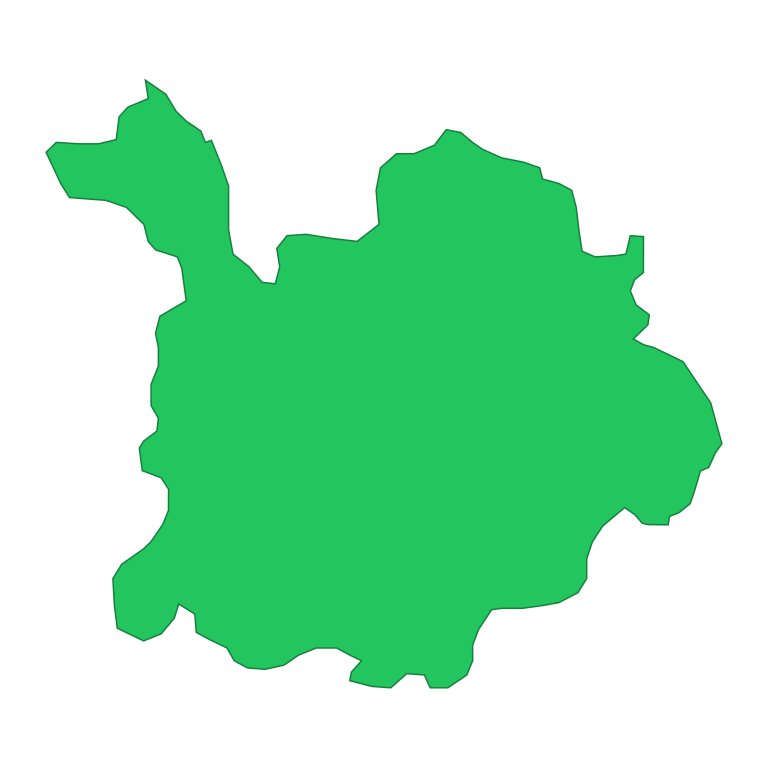 outline of Sangju-si, North Gyeongsang, South Korea
{"feature_id": "91817680B21539665501577", "entity_name": "Sangju-si", "entity_type": "district", "adm_level": 2, "iso_a3": "KOR", "parent_name": "South Korea", "parent_adm1": "North Gyeongsang", "projection": "robinson", "projection_center": [128.043, 36.44], "detail": "fine", "context": "isolated", "style": "filled", "palette": "green", "viewbox_px": 768, "rotation_deg": 0, "n_neighbors": 0, "source": "geoboundaries", "source_scale": "gbopen_adm2", "svg_char_len": 1981}
<svg xmlns="http://www.w3.org/2000/svg" viewBox="0 0 768 768"><path d="M46.1,152.3L60.7,183.4L69.4,197.5L86.9,198.9L105.9,200.3L126.4,207.4L143.9,224.4L148.2,241.4L155.5,249.8L177.4,256.9L181.8,268.2L186.2,300.8L171.6,309.3L159.9,316.3L155.5,333.3L158.4,347.5L158.4,365.9L151.1,384.3L151.1,405.6L158.4,418.3L156.9,431.1L143.7,441.0L139.3,448.1L142.3,470.7L161.2,477.8L168.6,489.2L168.5,497.7L168.5,510.4L162.7,524.6L151.0,541.6L143.7,548.7L121.7,564.3L112.9,578.5L113.4,588.0L114.4,605.5L117.3,628.2L143.6,640.9L161.2,633.8L174.3,618.2L178.7,604.0L194.8,614.0L196.3,632.4L209.4,639.5L227.0,648.0L234.3,660.8L247.4,667.9L265.0,669.3L284.0,665.1L298.6,655.1L316.2,648.0L336.6,648.0L349.8,655.1L361.5,660.8L351.3,672.2L349.8,680.7L371.7,686.4L390.8,687.8L406.8,673.6L424.4,675.0L430.2,687.8L447.8,687.8L466.8,675.0L471.7,663.0L472.7,660.8L472.6,645.2L478.5,629.6L491.6,609.7L501.9,608.3L522.4,608.3L542.8,605.5L558.9,602.6L577.9,592.7L586.7,578.5L586.7,558.6L592.5,541.6L602.7,526.0L624.6,507.6L634.9,514.7L642.2,523.2L648.0,524.6L668.2,524.8L669.6,516.3L679.0,512.7L690.2,503.6L694.8,490.0L700.4,471.0L708.8,467.3L715.4,452.8L721.9,443.8L710.7,402.9L683.0,361.7L671.3,356.0L653.7,347.5L643.5,344.7L633.3,339.0L647.9,324.8L649.3,314.9L636.2,305.0L630.3,290.9L634.7,279.6L643.4,272.5L643.5,236.6L630.3,235.7L625.9,254.1L617.1,255.5L595.2,256.9L582.1,251.3L579.1,231.5L576.2,207.4L571.8,190.4L558.7,183.4L542.6,179.1L539.7,167.8L523.6,162.2L501.7,157.9L482.7,149.4L472.5,142.4L460.8,132.5L446.2,129.7L434.5,145.2L414.1,153.7L396.5,153.7L380.5,167.8L376.1,190.4L379.0,224.4L357.1,241.4L332.3,238.5L306.0,234.3L287.0,235.7L276.8,248.4L279.7,266.8L275.3,283.8L262.2,282.4L249.0,266.8L233.0,254.1L228.6,230.0L228.6,217.3L228.6,200.3L228.6,186.2L221.3,165.0L211.4,140.4L205.3,142.4L200.9,131.1L186.3,121.2L176.1,111.3L165.9,94.3L145.4,80.2L148.3,98.6L127.9,107.1L119.1,116.9L116.2,139.6L98.7,143.8L78.2,143.8L56.3,142.4L46.1,152.3Z" fill="#22c55e" stroke="#15803d" stroke-width="1.5"/></svg>